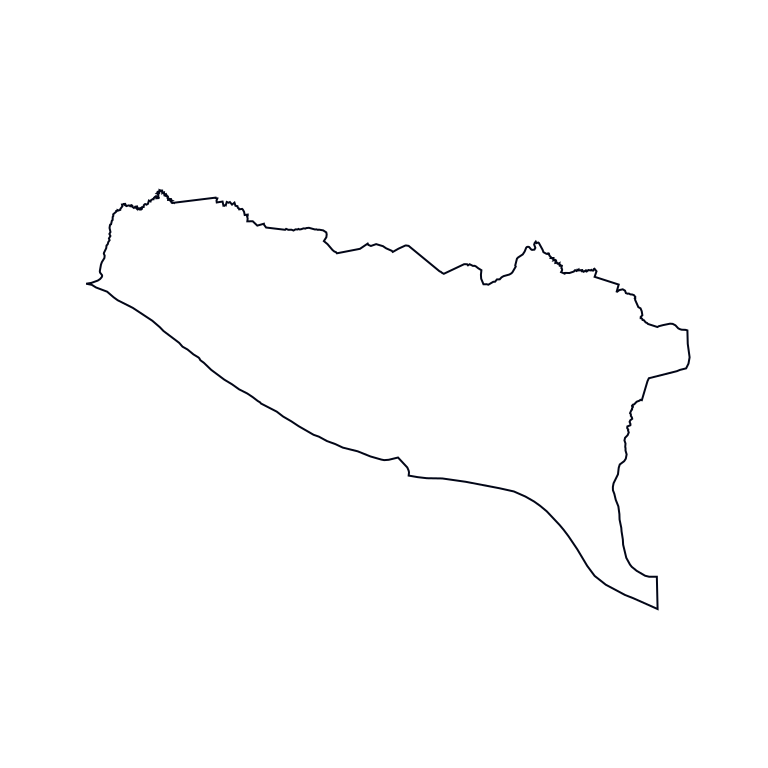 Ubolratana, Khon Kaen, Thailand (Mercator projection), rotated 281°
{"feature_id": "78962969B29703528432140", "entity_name": "Ubolratana", "entity_type": "district", "adm_level": 2, "iso_a3": "THA", "parent_name": "Thailand", "parent_adm1": "Khon Kaen", "projection": "mercator", "projection_center": [102.713, 16.795], "detail": "fine", "context": "isolated", "style": "outline", "palette": "ink", "viewbox_px": 768, "rotation_deg": 281, "n_neighbors": 0, "source": "geoboundaries", "source_scale": "gbopen_adm2", "svg_char_len": 6113}
<svg xmlns="http://www.w3.org/2000/svg" viewBox="0 0 768 768"><g transform="rotate(281 384 384)"><path d="M457.0,677.6L462.1,679.0L468.5,678.9L481.4,674.5L494.5,671.6L494.7,669.8L494.1,665.8L494.3,663.9L494.8,662.2L497.2,658.9L498.1,655.9L497.8,653.3L495.1,646.8L493.2,642.8L492.1,641.5L493.3,631.7L494.1,630.5L494.4,629.1L496.2,626.9L496.2,625.6L496.9,625.3L497.7,624.2L497.6,623.4L498.8,623.2L500.8,624.5L504.6,623.1L507.2,621.4L508.0,619.0L514.6,614.4L515.9,614.3L516.1,613.8L517.4,614.1L518.9,612.4L519.2,610.7L519.0,608.7L519.5,607.1L519.1,605.9L519.4,604.1L521.6,602.8L522.5,600.3L521.1,597.1L519.1,595.3L519.2,594.8L526.4,595.4L529.4,570.3L535.2,571.1L537.3,568.6L536.8,568.0L535.3,567.8L535.1,566.6L535.6,565.7L534.9,565.0L534.9,563.0L534.2,562.5L534.1,561.1L533.2,561.5L533.0,561.2L533.6,560.0L532.3,558.6L532.9,557.7L532.9,557.1L532.4,556.8L532.8,556.1L533.5,556.3L532.7,553.7L533.5,553.3L532.8,552.8L533.0,552.0L531.9,551.8L531.6,551.3L532.2,550.3L532.0,549.6L530.6,548.9L528.3,544.8L527.7,541.0L527.5,540.3L526.8,540.2L527.6,536.5L529.6,537.1L530.7,536.9L531.6,536.0L533.9,536.0L533.6,533.9L534.0,533.7L534.7,534.2L535.3,533.1L536.0,533.1L535.2,532.2L535.2,531.9L535.6,531.9L535.4,531.3L536.1,530.7L535.5,529.1L536.8,529.0L537.7,529.5L538.2,529.2L538.5,528.4L537.8,526.9L538.7,527.2L539.0,525.9L540.0,526.1L539.5,523.5L540.4,523.6L541.7,521.8L543.5,521.0L543.6,520.2L542.9,519.9L542.8,518.6L543.8,515.4L546.1,514.0L552.0,509.1L552.3,508.4L551.4,506.8L552.7,505.8L551.2,505.0L549.5,504.8L546.5,506.6L544.6,506.0L543.9,503.7L544.2,502.7L546.1,500.4L546.2,499.2L545.7,498.1L545.0,497.6L540.9,496.8L537.7,495.5L533.7,491.4L532.4,490.6L525.4,490.2L524.4,490.9L518.3,488.8L517.0,488.0L515.4,486.2L512.7,480.8L511.1,479.0L508.8,477.6L508.2,474.9L505.6,473.5L505.2,471.8L501.4,467.5L501.5,465.6L500.9,462.6L505.9,459.3L509.7,458.3L514.3,457.9L515.6,454.4L517.0,451.7L517.3,450.4L516.9,448.8L517.9,445.2L516.5,443.8L517.4,442.7L516.9,439.8L503.6,421.7L504.2,419.7L505.0,418.3L505.2,417.1L524.3,381.8L524.2,379.1L523.9,378.4L519.6,372.4L515.3,367.4L516.2,366.3L517.6,360.2L519.1,356.7L519.8,349.6L517.0,344.8L517.6,342.0L518.7,341.2L512.1,334.6L503.3,312.8L504.2,311.8L504.6,309.9L505.7,307.9L510.5,301.9L512.8,297.7L517.1,299.4L519.9,299.2L521.8,298.4L523.2,295.0L523.1,290.6L522.7,289.8L522.9,288.1L522.5,286.8L523.0,280.5L522.2,277.9L521.6,277.3L521.4,275.3L520.0,272.9L519.6,271.5L519.9,270.4L519.2,269.7L518.9,267.6L517.4,265.9L517.8,263.7L517.1,260.7L517.6,258.3L516.5,257.5L515.1,238.4L517.5,235.8L518.4,235.5L515.3,229.4L518.7,224.1L517.6,218.8L520.4,218.6L522.7,217.5L523.2,218.1L524.3,217.9L523.3,215.0L526.3,213.8L528.3,212.1L528.8,211.3L527.8,208.5L528.7,208.0L529.1,206.9L530.6,206.2L530.6,204.2L533.5,202.6L531.1,200.6L533.2,198.0L532.3,196.9L532.7,194.9L529.5,194.6L529.7,194.3L528.5,193.3L528.8,192.5L528.6,192.3L532.3,190.7L530.3,185.2L532.0,184.6L534.4,185.0L534.4,182.8L534.7,182.8L522.0,143.7L521.6,143.5L521.8,142.7L521.3,141.9L521.4,141.0L522.7,140.0L523.4,140.9L523.5,139.6L524.4,140.0L524.9,139.7L524.8,138.6L523.8,138.5L524.6,137.6L523.6,137.4L523.5,136.9L524.5,136.8L525.2,136.0L526.8,136.1L527.5,134.8L528.9,133.7L528.7,133.4L527.8,133.3L527.0,133.9L527.2,132.5L528.5,132.2L528.8,131.7L530.2,131.5L529.8,130.4L529.2,129.9L531.6,129.3L531.5,128.8L530.5,129.0L531.3,127.4L530.7,127.2L531.1,126.6L529.6,126.7L529.9,126.1L529.5,125.2L528.9,125.4L527.8,124.6L527.8,126.5L526.8,126.0L526.2,126.5L524.9,126.4L524.2,127.3L523.5,127.3L523.0,125.5L524.1,125.7L524.9,124.4L523.9,123.4L523.3,123.5L522.9,122.7L521.4,122.5L521.5,121.8L519.8,120.1L518.7,120.0L519.2,118.2L515.8,117.9L514.7,116.6L515.1,115.6L514.8,114.8L513.6,114.1L511.9,114.3L511.5,112.9L510.4,112.9L510.8,112.2L510.4,111.7L509.8,111.8L509.4,112.4L508.9,112.2L508.7,111.0L509.5,110.9L509.7,110.5L508.8,109.7L508.8,109.3L509.7,109.1L510.0,108.3L511.2,107.7L510.7,106.4L509.5,107.0L510.3,105.8L509.1,104.9L510.1,102.8L510.8,103.0L511.4,102.1L510.9,101.1L510.2,100.8L510.6,100.2L510.6,99.3L509.5,97.2L509.8,96.6L510.3,96.4L510.2,95.7L511.4,95.5L511.0,93.9L510.3,93.6L510.1,92.6L508.6,93.3L505.5,91.8L504.6,91.9L503.7,90.3L503.9,89.2L503.2,89.3L502.7,88.1L502.0,88.2L498.9,85.8L497.3,86.2L496.2,85.8L493.2,86.3L492.4,85.7L488.7,85.6L488.2,84.8L487.2,84.7L484.8,84.8L481.0,86.5L478.9,85.8L477.1,87.2L474.4,86.2L472.8,87.2L470.8,86.3L468.4,86.1L467.0,85.2L464.3,85.4L459.4,84.1L458.5,84.1L456.7,85.3L454.3,85.5L449.8,83.8L447.1,83.4L440.5,83.5L439.2,84.0L437.1,86.4L436.3,86.7L435.0,86.5L432.9,85.3L430.9,83.3L427.4,77.4L425.6,72.5L425.6,78.2L423.8,82.9L421.8,94.6L417.5,102.1L415.4,106.6L410.8,122.9L401.9,144.5L397.0,153.1L393.9,157.5L385.3,175.1L382.2,179.1L380.4,184.5L376.7,191.3L374.7,196.7L374.0,197.8L372.3,199.2L370.4,203.2L364.9,211.7L357.8,226.4L354.7,234.9L351.1,242.8L348.6,251.6L346.0,257.8L343.2,263.4L342.3,265.9L341.4,266.9L336.4,284.0L332.8,291.2L329.7,300.1L326.3,308.3L320.7,324.6L319.9,330.1L317.1,338.9L315.7,347.8L313.7,355.7L312.9,371.0L310.3,384.5L309.3,395.8L309.3,398.7L310.5,403.1L314.5,411.8L306.5,422.8L303.7,424.7L302.1,425.4L298.8,425.7L299.0,434.9L299.7,444.1L302.4,459.2L303.6,483.0L303.7,517.3L303.3,532.0L300.5,544.3L297.3,553.7L294.3,560.3L290.1,568.0L279.1,583.3L275.2,588.1L269.9,594.0L258.7,605.2L244.3,618.1L235.8,627.4L229.3,640.0L222.9,660.8L221.3,669.5L215.3,695.5L246.9,688.6L245.4,680.9L245.6,676.9L248.8,667.7L251.8,662.1L253.7,659.9L259.6,655.0L271.9,649.4L277.0,648.1L284.7,645.3L288.0,644.4L295.9,641.1L301.2,639.9L308.6,637.4L314.5,633.6L320.2,631.0L323.4,629.0L326.6,628.3L330.4,628.3L340.0,630.9L346.6,630.4L350.0,630.8L354.1,634.5L356.8,635.6L361.2,635.6L364.7,633.8L367.2,633.3L368.2,632.8L371.7,632.4L374.5,630.8L377.2,630.9L380.2,632.9L383.1,633.5L385.0,632.4L385.7,632.5L387.2,631.1L388.8,631.0L390.5,633.7L391.7,633.6L393.7,632.3L395.4,632.7L397.2,634.3L398.5,633.7L399.8,632.4L401.4,632.1L402.3,631.1L405.5,631.8L406.2,632.4L407.3,632.1L408.9,632.7L409.4,632.6L409.5,631.8L409.9,631.6L411.2,632.3L411.8,633.5L414.8,635.4L416.5,638.1L417.4,638.7L417.3,640.2L437.0,642.1L440.2,642.9L452.5,669.1L454.3,671.8L457.0,677.6Z" fill="none" stroke="#020617" stroke-width="2"/></g></svg>